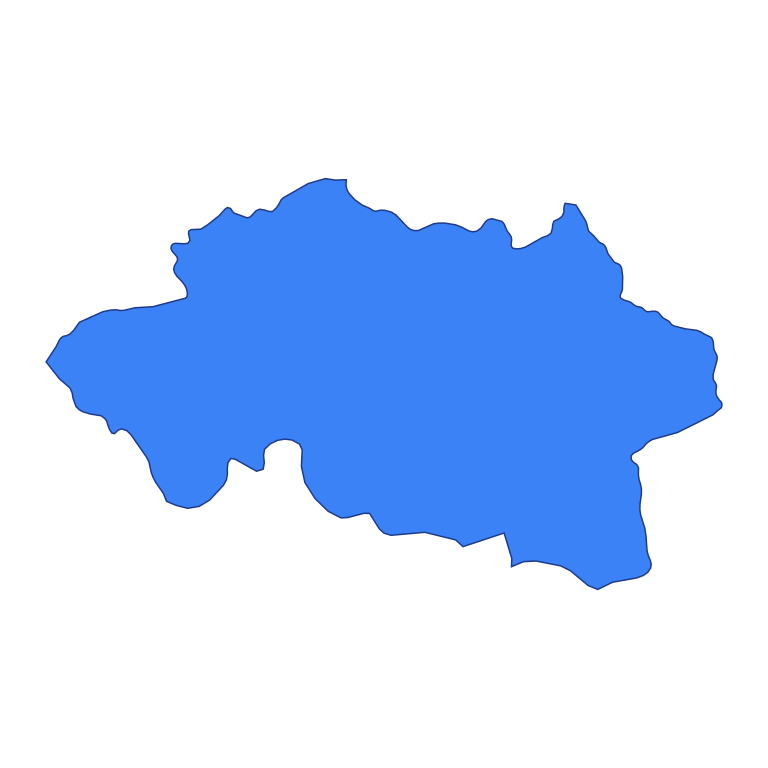 an SVG outline of Allier
{"feature_id": "FRA-5264", "entity_name": "Allier", "entity_type": "Metropolitan department", "adm_level": 1, "iso_a3": "FRA", "parent_name": "France", "parent_adm1": "", "projection": "natural_earth1", "projection_center": [3.256, 46.375], "detail": "fine", "context": "isolated", "style": "filled", "palette": "blue", "viewbox_px": 768, "rotation_deg": 0, "n_neighbors": 0, "source": "natural_earth", "source_scale": "10m", "svg_char_len": 3835}
<svg xmlns="http://www.w3.org/2000/svg" viewBox="0 0 768 768"><path d="M341.0,517.9L328.3,511.4L315.1,498.6L304.9,482.5L301.4,466.3L302.2,449.9L299.5,444.1L292.0,440.0L284.9,439.1L277.3,440.4L270.2,443.9L264.5,449.4L263.6,455.3L264.3,463.0L263.1,469.3L256.5,471.2L235.5,459.4L231.0,458.4L228.0,462.6L227.3,468.1L227.4,474.1L226.5,479.6L223.6,485.1L209.7,500.0L199.2,506.4L187.7,508.3L176.3,505.4L166.6,501.4L163.4,493.5L155.5,482.0L153.0,477.1L151.3,472.7L149.0,462.1L146.6,457.2L131.0,434.8L126.9,430.7L121.5,428.9L118.2,430.1L114.4,433.7L111.8,433.0L109.5,429.4L108.3,426.3L106.7,421.1L104.6,418.3L101.2,415.8L90.2,414.0L82.7,411.7L79.1,409.6L76.0,406.5L73.0,398.1L72.2,392.9L70.0,388.0L59.4,378.8L46.1,361.9L56.2,346.5L59.1,340.5L60.8,338.0L63.4,336.3L66.5,335.7L70.0,334.0L73.6,330.4L79.5,322.2L102.6,311.8L110.3,310.1L116.4,309.8L120.2,310.5L123.8,310.4L134.8,307.8L152.9,306.7L185.3,298.2L186.8,297.0L187.3,294.7L187.2,292.4L186.9,290.2L186.2,288.2L184.8,285.4L182.6,282.2L176.8,276.1L174.6,272.7L173.7,269.4L174.3,266.1L177.2,261.1L177.6,259.3L176.9,256.7L172.3,251.4L171.0,248.6L171.3,246.0L172.8,244.1L175.2,243.3L184.1,243.8L187.8,243.3L190.0,240.4L188.5,233.8L188.8,231.1L191.1,229.6L200.8,229.2L207.5,224.9L219.0,215.8L225.1,209.1L227.5,207.5L230.6,208.5L231.9,210.6L233.9,213.0L247.0,217.8L250.1,217.1L256.0,210.8L259.7,209.2L264.4,210.0L268.5,211.3L272.3,211.6L276.4,207.9L278.6,204.6L281.3,199.6L283.6,197.6L308.3,183.5L325.4,178.6L335.5,180.1L346.3,179.7L346.0,184.4L346.3,186.8L346.8,189.0L347.4,190.7L349.1,193.5L354.6,199.6L362.2,205.1L369.6,208.3L372.6,210.3L374.3,211.0L376.4,211.2L380.1,210.2L384.8,210.3L391.6,212.2L396.2,215.2L406.4,226.1L409.5,228.9L413.5,230.5L418.1,230.6L433.6,223.8L438.6,223.1L444.9,223.1L455.5,224.8L461.5,227.1L469.5,231.2L473.1,231.8L476.9,231.1L481.0,228.0L485.5,221.7L488.1,219.6L492.1,218.7L502.1,221.5L504.3,224.3L506.9,230.6L509.2,233.6L511.1,236.7L511.7,239.7L511.3,242.8L511.1,245.8L512.6,248.1L516.4,248.9L521.4,248.4L525.8,246.9L542.0,237.7L547.2,235.8L550.9,233.4L552.4,228.4L552.7,224.5L553.9,221.2L558.6,219.0L562.0,216.5L563.9,212.2L563.9,208.4L564.4,205.3L565.1,203.3L575.9,205.0L585.5,220.6L586.7,223.7L587.9,228.9L588.7,231.2L593.7,235.8L594.7,237.1L599.2,242.1L600.7,243.1L602.7,243.8L604.5,245.4L606.1,248.1L608.0,253.8L614.4,262.3L619.1,264.3L620.5,265.8L621.6,268.4L622.7,276.7L622.4,289.3L621.9,291.3L620.3,294.7L620.1,296.5L620.9,298.3L623.9,300.0L630.2,302.0L631.1,302.6L634.6,305.4L636.2,306.3L640.3,307.1L642.1,307.9L643.4,308.9L644.6,310.2L645.9,311.2L647.6,311.8L653.4,311.2L655.4,311.3L657.2,311.8L658.9,313.2L663.1,318.0L668.8,321.2L669.6,322.0L671.1,324.1L672.4,325.1L674.1,326.0L685.0,328.8L696.7,330.3L700.5,331.7L705.2,334.6L710.3,336.9L711.2,337.5L712.2,338.8L713.0,340.9L713.5,344.6L713.7,347.9L714.3,350.3L715.1,352.1L716.1,353.8L717.0,356.0L717.2,358.2L716.9,360.6L713.2,374.1L713.1,377.4L713.5,379.9L714.3,381.3L715.3,382.7L716.0,384.1L716.5,385.9L716.3,388.2L715.9,390.9L715.9,393.1L716.3,394.9L717.0,396.6L718.1,398.3L719.4,400.2L720.7,401.4L721.4,402.3L721.8,403.4L721.9,404.9L721.7,406.4L721.3,407.8L716.8,411.3L713.0,414.8L677.5,432.5L652.3,439.5L648.8,441.6L646.3,443.6L645.3,444.7L644.2,446.2L642.6,447.9L640.0,449.8L633.4,453.3L631.1,455.8L631.3,459.5L632.9,461.7L634.3,462.9L636.4,464.2L637.5,465.7L638.5,468.0L638.4,475.0L639.1,479.8L640.4,483.7L641.4,488.6L641.4,494.2L640.0,503.8L639.9,509.7L640.5,514.4L644.8,528.2L646.0,536.3L647.0,550.2L647.7,553.6L648.9,557.1L650.3,560.4L651.2,564.1L650.7,567.8L647.8,572.3L643.2,575.5L636.8,577.9L612.7,582.2L597.7,589.4L588.1,585.5L570.5,570.8L560.8,565.9L535.9,561.0L523.3,561.7L511.5,566.7L511.8,558.5L504.1,533.0L463.0,546.6L455.6,539.9L424.8,532.3L391.0,535.3L383.9,533.1L379.2,528.7L369.6,513.4L363.8,513.3L348.0,517.5L341.0,517.9Z" fill="#3b82f6" stroke="#1e3a8a" stroke-width="1.5"/></svg>